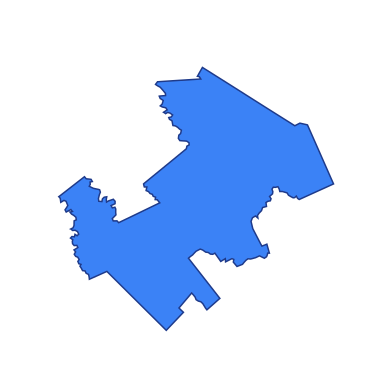 Cainguás, Misiones, Argentina (Robinson projection), rotated 155°
{"feature_id": "61730980B26117971223788", "entity_name": "Cainguás", "entity_type": "district", "adm_level": 2, "iso_a3": "ARG", "parent_name": "Argentina", "parent_adm1": "Misiones", "projection": "robinson", "projection_center": [-54.723, -27.156], "detail": "fine", "context": "isolated", "style": "filled", "palette": "blue", "viewbox_px": 384, "rotation_deg": 155, "n_neighbors": 0, "source": "geoboundaries", "source_scale": "gbopen_adm2", "svg_char_len": 4174}
<svg xmlns="http://www.w3.org/2000/svg" viewBox="0 0 384 384"><g transform="rotate(155 192 192)"><path d="M250.6,86.6L252.1,90.4L252.8,92.4L250.2,93.6L235.0,100.6L234.2,98.0L233.6,95.4L233.8,92.7L232.4,90.5L230.4,88.8L229.4,86.3L229.1,83.7L228.8,80.9L228.3,78.9L211.7,83.8L212.4,86.8L223.2,133.5L221.8,133.9L220.7,134.2L218.1,134.7L215.7,135.7L213.3,136.6L208.7,136.8L206.9,135.0L205.0,131.7L202.8,130.3L201.6,128.0L199.6,126.8L198.1,126.8L197.1,126.9L195.7,119.3L195.3,116.9L190.0,117.5L191.1,114.5L184.0,114.7L183.9,114.6L182.6,113.2L184.2,111.0L183.7,109.2L182.7,105.5L176.8,105.1L174.4,106.3L172.0,107.3L169.5,107.8L167.2,106.5L164.6,106.0L164.4,106.0L162.1,105.6L159.5,105.6L158.7,105.6L157.8,105.6L155.8,103.1L154.4,101.4L151.8,101.8L150.3,103.2L149.3,104.6L147.7,103.9L146.2,113.1L148.8,113.2L149.5,113.3L151.5,113.4L151.6,114.8L151.7,115.5L151.7,116.2L152.4,133.1L150.9,140.4L148.1,143.1L145.1,143.4L144.6,143.4L144.5,143.2L143.3,140.6L142.6,143.0L140.3,144.4L136.9,145.7L134.6,148.1L130.6,147.4L129.4,151.2L127.1,151.5L124.7,150.9L123.2,152.5L123.6,155.2L122.2,155.6L121.8,155.7L119.8,156.3L118.6,158.1L118.3,160.8L116.3,162.0L114.3,160.9L113.5,160.8L111.9,160.5L111.7,157.8L111.9,157.1L112.0,156.1L112.2,155.3L110.2,154.4L109.8,154.2L108.0,152.6L106.2,151.0L106.1,150.1L105.9,148.3L104.4,146.1L102.8,144.0L101.3,143.5L99.2,144.2L99.0,141.6L98.0,139.9L60.3,139.5L60.2,146.0L59.6,174.0L59.0,204.0L59.3,204.3L65.1,208.8L70.8,208.6L88.8,236.5L113.6,275.2L129.9,300.5L136.1,296.1L137.7,294.9L138.2,294.6L136.6,293.3L136.3,290.7L176.6,306.5L179.3,305.1L179.6,304.9L178.2,302.6L176.6,300.5L175.4,296.6L174.4,292.6L175.2,290.6L178.8,291.9L180.7,292.6L181.2,292.7L181.3,290.1L181.1,289.9L179.4,287.1L181.0,285.3L181.9,284.3L183.9,283.6L184.2,283.6L184.4,283.5L184.2,283.2L183.0,281.6L180.2,279.4L179.8,276.9L184.1,276.3L182.8,274.3L182.8,274.2L182.3,274.2L180.4,274.4L178.7,272.9L178.5,272.7L177.0,270.0L179.0,268.8L179.6,268.9L181.6,269.3L181.7,267.3L181.6,267.2L180.1,265.2L180.3,263.8L180.6,262.8L181.2,260.3L179.1,258.9L177.6,256.6L177.2,255.5L176.7,254.3L175.5,252.5L177.6,249.8L179.9,249.1L180.5,248.2L181.7,246.4L181.3,243.7L178.1,241.9L176.8,241.2L175.3,240.3L173.9,237.9L174.7,235.9L177.3,235.7L178.8,233.6L196.6,229.0L231.5,220.1L232.5,219.8L232.8,218.4L233.1,216.8L233.1,216.7L232.4,216.4L230.8,215.6L231.2,215.1L233.0,212.7L231.2,210.7L230.7,208.4L228.9,206.6L229.0,204.5L227.2,202.7L228.6,200.7L226.7,199.6L226.5,198.5L226.3,197.7L225.8,195.8L261.4,195.3L263.1,195.3L271.4,195.2L272.2,197.6L272.4,197.7L272.6,197.7L275.6,199.1L275.5,201.6L274.9,201.8L273.0,202.5L270.6,203.4L269.8,205.7L268.3,208.8L268.3,210.8L270.0,211.1L270.9,211.3L271.1,213.9L269.1,213.9L268.8,213.9L266.7,213.9L265.6,216.1L266.4,218.7L266.6,218.7L271.1,219.2L273.7,219.0L272.7,221.8L272.1,222.5L271.3,223.7L273.8,224.4L275.0,224.0L276.1,223.6L277.7,221.4L280.4,223.0L279.7,225.2L279.6,225.6L277.1,228.7L275.1,230.6L274.8,233.1L275.7,233.9L277.7,235.4L279.8,237.0L281.3,238.8L282.7,240.6L282.1,241.1L281.0,241.9L280.2,244.1L277.9,243.6L278.1,246.1L280.3,247.5L281.0,247.9L282.3,248.7L283.0,251.3L314.0,244.2L314.7,244.1L314.4,243.1L314.1,241.9L314.5,240.6L315.3,238.1L311.6,238.5L310.1,236.9L310.1,235.4L310.2,234.4L310.2,233.2L310.3,232.2L312.4,230.8L314.6,229.5L314.6,228.9L314.5,227.0L311.8,227.2L310.2,227.2L309.2,227.3L309.0,226.3L308.6,224.9L310.7,225.3L311.1,225.4L310.5,222.9L309.0,220.7L308.4,219.3L307.9,218.2L308.6,215.7L311.0,215.7L312.0,213.7L313.0,211.6L314.9,209.8L317.5,209.7L317.4,209.6L316.5,207.6L314.8,207.0L314.1,206.7L312.5,204.5L312.5,201.7L314.6,200.9L315.9,203.1L317.5,201.1L319.7,202.4L321.0,201.8L321.6,201.6L320.6,199.8L320.2,199.2L321.4,197.7L321.9,196.2L322.1,195.6L321.4,193.2L319.7,192.6L318.9,192.3L318.9,189.9L321.4,189.6L323.4,189.4L322.8,186.9L325.0,185.4L324.9,184.5L324.6,182.8L323.1,181.2L323.1,180.9L322.8,178.6L324.8,177.3L324.8,176.7L324.9,174.8L324.7,174.7L323.2,173.3L324.9,172.1L324.5,169.5L324.5,168.3L324.4,167.0L323.3,166.3L322.3,165.7L322.3,163.9L322.3,163.1L321.5,162.1L320.6,161.0L320.8,160.1L321.1,158.6L321.9,156.3L302.7,156.0L290.3,122.3L274.9,80.5L273.8,77.5L250.6,86.6Z" fill="#3b82f6" stroke="#1e3a8a" stroke-width="1.5"/></g></svg>